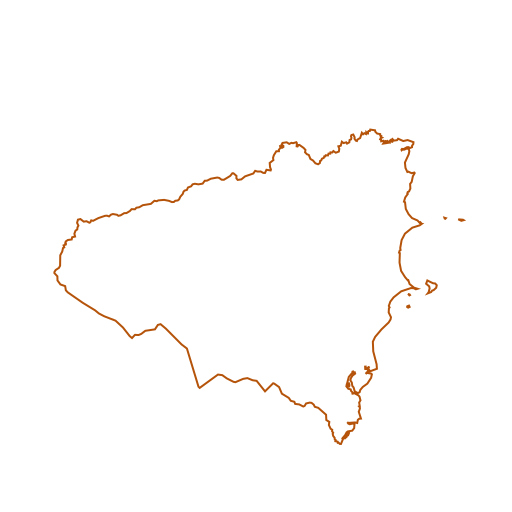 Macomia, Cabo Delgado, Mozambique, rotated 17°
{"feature_id": "85939544B2345621089228", "entity_name": "Macomia", "entity_type": "district", "adm_level": 2, "iso_a3": "MOZ", "parent_name": "Mozambique", "parent_adm1": "Cabo Delgado", "projection": "albers", "projection_center": [40.255, -12.036], "detail": "fine", "context": "isolated", "style": "outline", "palette": "amber", "viewbox_px": 512, "rotation_deg": 17, "n_neighbors": 0, "source": "geoboundaries", "source_scale": "gbopen_adm2", "svg_char_len": 6134}
<svg xmlns="http://www.w3.org/2000/svg" viewBox="0 0 512 512"><g transform="rotate(17 256 256)"><path d="M386.1,409.9L388.3,409.7L388.8,410.7L389.5,410.3L391.0,411.2L392.2,410.9L392.9,403.9L391.9,406.1L392.0,404.9L393.6,401.3L394.2,398.2L395.1,396.9L399.1,394.9L400.2,391.9L399.3,387.8L397.4,388.0L394.8,389.5L393.3,389.3L391.9,388.3L393.2,388.6L399.4,386.2L401.6,386.1L401.3,382.9L402.2,381.5L403.9,380.8L399.8,374.9L400.0,371.6L399.5,370.3L398.5,369.7L399.1,369.2L397.5,366.0L398.1,363.5L396.1,360.2L394.6,359.3L389.8,358.4L388.9,358.9L388.7,360.2L388.1,358.2L386.3,357.2L385.6,355.9L383.1,356.0L380.5,354.2L380.1,344.5L382.0,340.1L384.4,339.5L384.2,339.0L382.4,339.3L382.1,338.4L382.5,338.1L383.0,339.0L384.4,338.3L385.2,339.5L383.3,342.1L382.5,344.8L382.5,347.2L384.6,349.0L386.1,352.1L387.7,353.1L390.0,356.6L393.5,357.3L394.9,356.0L394.9,353.5L396.4,350.0L399.8,345.5L401.7,338.8L401.4,335.3L400.8,334.8L396.5,335.3L395.3,336.6L396.0,334.8L397.3,333.5L395.7,331.6L393.5,332.1L392.7,329.9L393.2,329.7L393.7,331.1L395.3,330.8L396.1,329.3L396.9,328.8L395.9,330.4L398.8,332.9L404.6,328.5L403.0,324.3L396.0,312.9L392.8,303.8L393.6,298.5L397.5,289.4L402.3,280.8L403.2,277.4L403.0,275.1L399.4,271.2L398.4,267.1L398.8,266.2L397.6,264.9L397.8,260.3L399.7,255.3L405.2,247.3L413.5,241.4L416.1,240.7L418.6,241.1L420.1,240.1L416.4,240.1L411.1,237.9L408.7,234.6L408.3,234.9L404.7,232.6L399.1,227.8L395.2,220.4L392.7,211.2L391.8,211.0L391.8,208.8L392.5,208.0L391.6,206.2L390.6,198.2L391.9,191.1L397.2,183.2L403.6,178.8L405.1,176.8L403.9,177.0L403.5,176.5L404.2,176.2L403.2,175.6L402.6,176.3L400.1,174.8L394.1,174.1L389.7,171.4L385.5,167.2L382.8,161.0L381.6,160.8L381.6,156.3L383.0,152.3L382.4,151.9L382.4,150.5L383.5,149.5L383.9,146.4L382.3,142.0L383.2,139.6L382.7,133.9L383.5,130.3L383.0,129.9L380.6,131.3L376.9,130.8L376.2,131.4L373.2,128.1L371.1,123.1L372.3,114.1L372.0,110.9L370.9,109.2L369.0,109.0L366.6,111.0L365.0,111.4L364.4,112.3L364.0,111.8L364.3,110.9L366.0,110.5L368.6,107.8L370.0,107.3L371.7,107.7L373.4,106.3L373.0,104.8L373.7,103.0L373.3,101.1L367.1,100.8L363.2,103.0L357.6,102.3L357.0,104.0L354.2,105.3L352.2,104.2L351.8,105.0L353.2,105.6L353.0,106.9L352.1,107.0L351.9,105.8L351.0,105.5L350.4,106.4L350.7,108.3L348.1,107.6L348.0,108.2L349.7,108.9L347.7,109.9L347.2,108.1L346.1,108.2L345.7,108.8L346.9,110.3L344.8,111.3L345.2,109.5L344.2,108.5L342.2,109.7L341.6,108.2L340.6,108.1L340.8,106.8L341.9,105.9L340.7,105.6L340.7,104.6L339.6,104.5L339.1,103.1L336.1,103.5L333.8,102.3L333.1,101.0L328.3,101.7L328.3,103.2L327.2,103.5L326.8,104.3L327.3,106.1L326.6,106.3L325.2,105.4L325.5,107.2L323.7,106.9L322.8,108.3L321.2,107.2L321.1,112.7L319.0,115.0L318.9,116.5L317.8,116.5L315.9,115.1L315.6,113.6L313.5,111.4L311.9,112.4L311.8,113.7L312.7,115.0L312.8,116.7L311.6,117.7L312.0,120.0L310.2,121.9L309.1,120.9L306.7,122.4L304.7,121.6L304.8,125.8L302.7,127.0L304.3,129.1L304.7,131.9L302.1,133.9L299.3,133.0L298.7,134.7L296.9,135.1L297.1,136.4L295.4,136.9L295.4,138.8L293.2,139.3L293.1,140.5L292.2,140.7L292.1,142.4L290.6,143.7L290.4,145.6L289.5,146.4L289.9,148.4L288.6,150.1L285.7,150.0L282.6,148.0L279.7,147.3L276.9,143.9L275.0,143.8L272.6,142.5L272.3,140.1L269.9,138.7L265.1,137.1L264.2,137.4L263.7,139.1L262.8,139.2L262.1,136.1L261.3,135.4L258.4,137.3L256.8,137.4L255.0,139.1L252.1,138.3L248.3,140.1L247.9,142.1L249.9,142.6L250.3,143.8L249.3,144.9L248.1,143.8L247.0,144.0L247.8,145.4L246.8,147.7L247.3,149.1L244.8,149.9L243.6,154.4L243.6,157.2L244.6,159.2L241.9,163.0L243.5,167.0L245.0,168.9L245.0,169.9L240.8,170.5L240.3,174.0L238.6,174.4L235.8,173.8L232.8,174.8L230.3,174.8L229.3,177.9L222.3,183.0L219.6,187.0L216.2,188.6L214.5,187.4L213.9,185.1L210.3,183.5L209.2,183.8L207.9,187.0L203.0,192.5L200.7,193.1L198.0,192.1L196.0,192.3L190.2,195.3L187.1,198.3L185.0,199.0L183.8,202.4L180.0,204.3L176.4,204.8L174.4,206.0L173.6,208.3L170.9,210.4L170.6,213.0L168.6,214.3L167.9,215.6L167.8,218.1L166.3,221.4L165.9,224.4L164.9,225.8L162.6,226.8L161.6,228.4L159.8,229.0L156.6,228.7L151.7,229.2L146.3,231.4L145.1,232.6L142.7,232.9L140.2,236.9L132.9,240.5L130.1,243.5L127.5,244.8L126.6,246.7L123.3,247.6L122.3,249.8L119.6,252.8L117.4,253.6L114.6,256.7L112.6,257.8L111.0,257.2L106.9,257.7L105.2,258.9L103.9,261.1L101.7,261.0L99.9,261.7L94.2,265.8L89.9,270.0L88.0,270.1L87.7,272.2L86.9,272.9L83.8,272.3L81.2,273.5L77.3,272.0L75.1,273.3L75.2,276.6L77.3,278.9L76.9,280.8L77.3,282.9L76.0,284.5L75.8,287.8L77.3,290.3L74.7,291.8L74.9,294.1L71.4,295.7L69.8,297.7L69.8,299.4L70.5,299.5L70.8,300.6L68.9,302.1L70.1,303.8L69.1,304.8L69.4,308.4L68.6,312.5L71.5,322.6L71.0,325.0L68.5,328.0L67.9,330.3L68.2,331.3L72.0,333.5L73.3,337.4L77.3,340.4L82.3,340.6L84.2,344.4L86.6,345.8L104.0,351.4L118.0,355.0L122.6,356.9L128.4,358.0L140.6,358.9L149.7,363.3L158.6,369.5L161.4,370.7L163.3,366.8L166.8,365.9L169.0,364.1L172.0,359.9L180.8,355.7L182.3,350.6L184.7,349.1L191.0,351.8L210.6,362.3L217.0,364.7L239.2,397.8L240.7,398.6L254.3,380.5L258.6,379.8L263.9,381.6L271.3,382.9L273.2,382.7L279.7,377.2L283.5,375.3L289.1,375.8L293.1,375.2L304.2,382.8L309.6,372.7L310.7,372.7L316.4,374.6L321.0,380.1L328.8,382.1L331.6,384.3L335.3,384.2L336.7,386.0L340.7,385.3L345.2,386.1L346.3,385.2L347.0,382.4L350.2,380.5L352.1,380.2L354.7,381.3L356.3,383.0L359.9,383.0L369.4,387.3L371.2,392.3L374.6,393.2L375.1,396.3L377.9,399.4L379.7,399.9L380.0,401.4L381.5,402.5L381.3,403.6L382.5,405.6L384.3,406.8L385.0,408.5L386.1,408.8L386.1,409.9ZM433.2,230.3L427.0,229.3L426.8,232.8L430.5,234.4L431.5,236.2L431.7,240.2L431.2,241.5L434.0,239.3L434.6,237.5L435.8,236.8L437.6,233.7L437.4,231.1L435.4,229.9L433.2,230.3ZM394.1,401.8L396.5,400.5L396.7,397.9L396.2,397.4L395.0,398.2L394.1,401.8ZM444.1,161.0L443.3,160.8L438.7,161.8L442.1,162.3L444.1,161.0ZM416.6,260.9L417.8,259.8L416.8,258.7L415.4,259.8L415.4,260.5L416.6,260.9ZM383.2,353.0L383.1,352.1L381.8,349.9L382.0,352.5L383.2,353.0ZM395.1,403.1L394.4,403.2L395.1,402.2L394.1,403.2L393.9,405.1L395.1,403.1ZM414.2,248.8L414.7,248.3L414.2,247.9L412.5,247.7L414.2,248.8ZM382.5,355.1L380.9,352.9L380.5,352.9L380.9,354.1L382.5,355.1ZM426.1,165.1L426.5,164.3L425.0,164.3L425.5,165.0L426.1,165.1Z" fill="none" stroke="#b45309" stroke-width="2"/></g></svg>